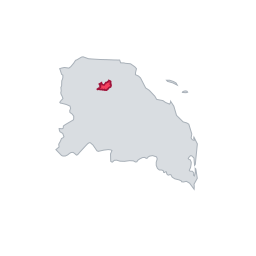 location of Santa Cruz de Yojoa, Cortés, Honduras, rotated 49°
{"feature_id": "27666195B60496786118463", "entity_name": "Santa Cruz de Yojoa", "entity_type": "district", "adm_level": 2, "iso_a3": "HND", "parent_name": "Honduras", "parent_adm1": "Cortés", "projection": "equal_earth", "projection_center": [-87.884, 14.996], "detail": "fine", "context": "in_parent", "style": "filled", "palette": "rose", "viewbox_px": 256, "rotation_deg": 49, "n_neighbors": 0, "source": "geoboundaries", "source_scale": "gbopen_adm2", "svg_char_len": 4593}
<svg xmlns="http://www.w3.org/2000/svg" viewBox="0 0 256 256"><g transform="rotate(49 128 128)"><path d="M217.6,118.3L210.1,117.7L206.6,118.9L205.1,121.6L203.8,122.8L202.7,122.5L200.5,123.6L197.1,126.0L194.1,126.9L191.4,126.3L190.6,126.9L190.4,127.7L190.0,128.5L189.0,128.9L187.8,128.7L186.4,127.8L185.7,128.2L185.6,129.7L184.9,130.2L183.5,129.4L182.0,130.0L180.2,131.9L177.8,132.3L174.7,131.2L172.3,129.1L170.5,126.2L168.5,125.4L164.9,127.6L163.4,130.2L163.1,131.8L163.4,133.3L162.8,134.2L161.1,134.7L159.8,136.5L159.0,139.5L158.8,141.9L159.3,143.5L158.5,144.7L156.3,145.5L153.7,148.2L150.8,152.6L147.8,155.8L144.9,157.6L143.4,159.5L143.5,161.7L143.4,162.4L142.8,162.6L141.8,162.9L136.1,158.2L134.5,154.9L133.1,155.4L131.3,157.1L128.8,160.8L126.1,165.8L124.8,166.4L118.0,165.6L114.4,166.1L113.7,166.8L113.4,168.6L113.6,171.1L114.6,180.0L115.1,183.6L114.6,184.7L112.8,184.9L110.4,185.4L109.1,187.1L108.8,188.8L108.7,191.3L108.0,193.7L106.5,195.5L105.1,196.2L97.0,196.6L97.1,192.5L94.8,190.9L93.5,187.4L92.3,185.1L92.7,183.7L92.6,182.1L89.3,180.8L86.2,181.8L84.5,181.2L83.2,180.3L85.4,178.2L85.6,177.0L84.8,176.1L84.1,175.5L84.3,173.2L84.8,170.5L86.0,164.2L85.6,163.1L83.5,161.2L80.9,161.0L78.1,161.6L76.7,160.6L75.5,158.4L73.4,157.4L69.8,159.1L66.0,161.7L64.8,162.7L63.8,162.6L63.4,160.6L63.2,158.3L63.0,157.7L60.9,156.9L58.5,156.3L57.3,155.6L56.2,154.1L53.3,152.0L52.7,150.5L48.9,147.0L48.1,145.3L47.2,144.1L45.4,142.5L44.0,142.9L39.2,140.9L38.4,140.7L39.1,139.0L40.6,136.3L44.0,133.3L44.2,130.9L43.4,126.2L42.5,123.2L43.0,121.9L44.0,116.5L44.8,115.2L49.6,112.5L50.1,112.1L53.9,108.3L58.1,104.0L62.4,99.3L67.3,94.1L70.0,91.1L71.2,89.7L74.0,90.8L76.2,88.4L77.5,87.5L80.5,84.6L81.4,83.9L86.4,82.7L88.8,82.7L90.9,85.7L92.6,87.4L95.7,86.0L98.4,85.7L109.3,88.4L113.6,87.2L121.6,86.9L125.2,87.6L130.2,83.7L133.4,82.9L137.2,81.0L136.7,79.2L135.8,78.3L141.6,79.1L150.3,83.1L159.5,82.4L162.8,80.3L165.0,79.6L174.4,83.8L176.9,86.9L178.9,87.2L180.4,86.5L180.8,85.8L178.9,85.2L178.1,84.2L185.5,86.1L199.6,101.1L199.9,102.3L193.9,97.9L190.7,98.2L189.9,98.9L190.1,101.3L190.4,102.5L191.8,102.6L192.8,101.9L195.3,102.7L196.9,104.3L198.9,106.8L200.1,109.5L201.4,109.5L202.7,107.9L205.0,107.7L206.6,109.5L207.7,109.4L206.1,106.6L202.5,103.8L203.4,103.7L211.4,108.7L213.7,115.0L215.6,116.4L217.6,118.3ZM123.3,64.6L118.7,67.6L117.2,67.6L119.3,65.2L122.7,63.2L125.6,62.2L128.0,62.7L123.3,64.6ZM139.1,61.4L136.9,63.6L136.5,62.6L137.5,60.5L138.8,59.4L140.1,59.5L139.8,60.4L139.1,61.4Z" fill="#d9dde1" stroke="#a8b0b8" stroke-width="1"/><path d="M78.5,125.7L78.6,125.8L78.8,125.8L78.8,125.7L79.0,125.3L79.9,124.5L80.9,123.6L81.1,123.5L81.2,123.4L81.3,123.1L81.4,122.9L81.5,122.9L81.7,122.6L81.8,122.5L81.9,122.4L82.0,122.4L81.9,122.2L82.0,122.1L82.1,121.9L82.3,121.8L82.5,121.7L82.8,121.7L83.0,121.5L83.1,121.4L83.3,121.4L83.5,121.2L83.6,120.9L83.6,120.7L83.8,120.8L84.0,120.8L84.0,120.6L84.1,120.4L84.2,120.2L84.3,120.2L84.5,120.2L84.8,120.1L85.0,119.9L85.2,119.7L85.3,119.6L85.4,119.4L85.4,119.1L85.5,119.0L85.5,118.9L85.4,118.7L85.2,118.6L85.3,118.4L85.3,118.1L85.2,118.0L85.2,117.9L85.3,117.7L85.5,117.4L85.4,117.2L85.2,116.9L85.2,116.6L85.0,116.3L85.0,116.2L85.1,115.9L85.2,115.7L85.2,115.4L85.2,115.2L85.4,115.1L85.5,114.9L85.5,114.6L85.4,114.6L85.5,114.4L85.4,114.3L85.4,114.2L85.5,113.8L85.4,113.7L85.2,113.5L85.0,113.2L84.9,113.1L84.9,112.9L84.7,112.8L84.5,112.7L84.4,112.6L84.2,112.8L83.9,112.7L83.7,112.7L83.7,112.3L83.5,112.0L83.4,112.0L83.2,112.2L83.1,111.9L82.9,111.8L82.7,111.9L82.4,111.9L82.2,111.8L82.1,111.7L82.2,111.4L82.2,111.2L81.9,111.1L81.8,110.9L81.7,110.6L81.4,110.5L81.2,110.5L80.9,110.6L80.7,110.7L79.6,111.2L79.7,111.3L79.8,111.4L79.8,111.5L80.0,111.5L79.9,111.7L79.9,111.8L79.9,112.0L80.0,112.1L80.0,112.3L80.1,112.5L79.9,112.6L80.0,112.8L80.0,113.0L79.9,113.0L79.8,113.3L79.7,113.3L79.8,113.3L79.7,113.3L79.7,113.5L79.7,113.8L79.6,114.0L79.6,114.3L79.6,114.5L79.7,114.8L79.6,115.0L79.4,115.3L79.3,115.2L79.2,115.2L79.6,116.6L79.9,117.9L78.4,118.9L78.0,118.9L77.9,118.8L77.8,118.7L77.6,118.8L77.4,118.8L77.0,118.8L77.0,118.7L76.4,118.3L76.0,120.8L76.9,120.6L76.9,120.8L77.0,120.8L77.1,120.7L77.2,120.4L77.3,120.5L77.5,120.6L77.8,120.7L77.8,120.8L78.0,120.8L78.2,121.0L78.1,120.9L78.2,121.0L78.3,121.2L78.3,121.3L78.5,121.6L78.5,121.8L78.7,121.7L78.8,121.7L79.0,121.8L79.1,122.0L79.3,122.4L79.3,122.5L79.2,123.0L79.1,123.3L79.1,123.5L79.0,123.9L78.9,124.0L78.7,124.0L78.6,124.4L78.6,124.5L78.6,124.8L78.6,125.0L78.6,125.3L78.5,125.7ZM77.2,121.0L77.3,120.9L77.1,120.8L77.2,121.0ZM78.6,122.0L78.6,121.9L78.6,122.0L78.6,122.0Z" fill="#f43f5e" stroke="#9f1239" stroke-width="1.5"/></g></svg>